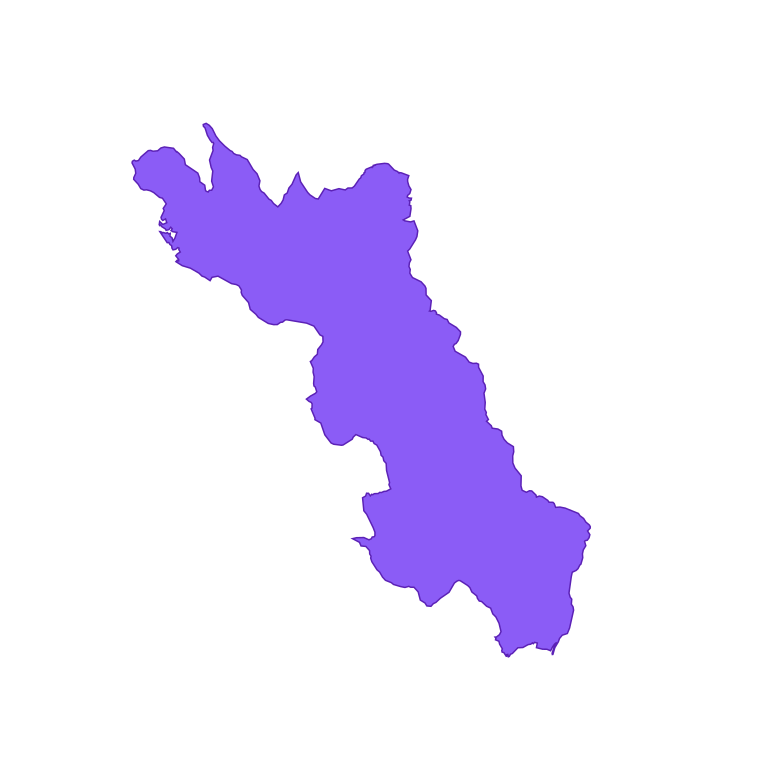 Lelese, Hunedoara, Romania (Equal Earth projection), rotated 61°
{"feature_id": "2599482B96170232434184", "entity_name": "Lelese", "entity_type": "district", "adm_level": 2, "iso_a3": "ROU", "parent_name": "Romania", "parent_adm1": "Hunedoara", "projection": "equal_earth", "projection_center": [22.652, 45.736], "detail": "fine", "context": "isolated", "style": "filled", "palette": "violet", "viewbox_px": 768, "rotation_deg": 61, "n_neighbors": 0, "source": "geoboundaries", "source_scale": "gbopen_adm2", "svg_char_len": 6128}
<svg xmlns="http://www.w3.org/2000/svg" viewBox="0 0 768 768"><g transform="rotate(61 384 384)"><path d="M504.0,486.5L510.6,482.2L514.5,482.6L517.3,478.6L522.7,477.4L525.7,478.9L528.3,478.8L529.9,480.1L533.6,480.8L543.1,480.2L546.4,479.0L552.2,478.9L556.4,477.9L561.3,473.9L563.9,472.9L569.2,467.7L572.1,464.3L573.0,460.4L574.6,459.3L576.3,456.3L582.4,454.9L590.6,457.0L595.4,454.3L598.9,454.1L601.2,450.7L600.0,447.3L600.2,444.5L598.7,438.5L597.7,428.1L592.2,418.9L591.8,415.9L591.9,414.2L592.8,412.8L600.8,408.5L603.7,407.6L608.5,408.0L614.3,405.6L616.8,406.2L620.0,405.9L621.5,404.1L628.1,402.0L631.7,399.4L637.8,400.3L642.0,399.1L649.1,399.4L657.3,401.7L659.2,404.5L659.8,408.3L659.2,409.6L660.7,409.4L661.8,410.5L664.7,408.2L667.6,409.0L673.1,408.9L674.0,410.1L675.7,410.7L677.0,409.4L681.4,409.1L681.7,408.1L680.2,407.9L680.5,406.8L682.9,407.5L683.0,406.5L681.7,404.4L681.9,402.3L679.6,394.8L681.8,390.3L681.8,384.3L682.7,381.8L682.4,379.7L683.5,379.4L683.0,377.5L684.9,375.5L688.5,378.5L692.8,373.9L695.0,370.1L698.1,367.6L695.5,363.8L694.1,360.7L693.7,358.2L696.5,362.7L701.0,367.5L702.2,367.9L702.4,367.4L697.4,362.4L694.0,356.5L691.7,353.9L690.1,349.9L691.1,344.6L687.4,340.0L673.7,327.8L670.6,326.7L667.4,326.9L663.2,324.1L660.7,324.5L656.6,323.6L643.3,313.6L639.9,310.6L640.2,306.4L639.6,303.9L637.3,300.5L637.1,299.2L632.3,294.4L628.8,292.8L625.7,290.1L623.3,285.9L618.9,284.9L618.6,283.9L619.2,281.9L617.9,279.2L615.6,277.0L611.2,277.2L610.1,273.6L608.9,272.8L607.0,272.7L602.6,274.4L598.4,274.6L594.2,276.5L591.5,276.7L580.4,285.7L577.0,289.7L575.1,293.7L571.1,293.1L569.4,293.6L567.4,297.0L565.2,297.2L559.4,300.1L557.3,302.5L556.8,305.5L554.9,304.9L549.2,306.6L547.9,308.5L547.7,312.0L543.9,314.7L539.5,313.6L530.8,308.5L521.1,310.2L515.5,309.6L509.3,306.3L506.2,303.4L501.5,301.2L495.3,304.7L490.6,305.8L486.0,305.6L482.3,304.0L478.6,306.2L475.1,310.8L472.5,310.4L466.3,312.4L465.7,309.9L460.1,309.7L458.5,308.3L454.9,308.1L449.2,304.4L440.5,301.0L437.6,297.5L433.8,296.1L430.0,296.2L425.1,293.4L415.3,293.2L412.5,291.7L410.7,293.0L409.1,296.3L406.2,298.9L400.0,299.7L389.9,305.9L384.7,305.3L383.4,303.2L383.5,301.3L382.0,298.1L377.7,293.1L375.5,291.8L369.6,293.3L362.1,297.6L358.2,297.5L356.1,299.6L350.6,302.1L348.3,304.3L347.2,303.6L345.1,303.6L343.7,304.9L343.2,307.8L342.2,308.8L342.0,308.0L334.0,302.2L326.5,304.0L320.7,300.9L318.1,300.7L312.6,302.0L304.7,307.5L299.6,307.7L296.5,305.5L293.3,305.2L290.3,303.0L288.4,300.2L279.2,298.9L278.4,296.0L273.2,286.6L271.0,283.7L266.4,280.2L255.9,278.7L255.1,282.2L251.4,286.7L249.8,287.6L249.9,280.1L243.8,275.4L241.0,274.1L239.9,275.2L237.1,273.0L236.0,273.1L236.3,271.2L234.8,269.9L233.6,271.8L231.7,273.1L230.5,271.9L229.9,269.1L227.0,266.1L222.8,266.2L218.5,265.2L216.5,264.2L213.8,261.3L207.8,266.4L206.5,268.1L206.8,268.6L204.7,269.2L201.9,271.3L193.8,273.4L192.9,274.2L191.3,276.5L188.4,283.7L187.8,286.6L188.2,286.4L187.9,287.8L188.6,288.5L188.3,289.0L188.8,289.6L188.1,290.1L187.5,295.4L188.0,296.9L189.7,298.2L189.5,298.9L190.6,299.9L190.9,302.8L192.4,304.4L192.7,306.2L196.6,314.0L197.1,316.8L195.1,320.6L195.5,323.8L191.3,328.7L189.5,336.4L184.2,341.0L190.3,351.8L188.5,354.1L182.6,357.1L179.3,357.9L166.8,358.9L157.5,356.5L158.5,359.4L164.7,367.6L166.5,372.2L170.0,376.0L170.3,379.5L174.1,383.0L176.1,386.3L177.6,391.0L172.6,393.1L168.8,393.6L166.5,395.0L158.9,396.3L156.3,397.8L153.7,398.1L150.2,397.4L146.1,394.0L138.6,393.1L132.9,394.5L121.4,394.8L116.2,398.5L114.2,399.1L112.0,402.0L109.5,403.7L107.0,404.1L105.2,405.4L98.8,407.9L91.6,410.0L85.6,410.8L77.4,410.4L73.0,411.4L69.8,413.2L69.4,416.3L71.0,417.0L73.4,416.4L80.9,417.9L86.2,417.8L89.5,417.3L90.0,416.2L91.2,416.4L94.0,419.2L96.9,420.3L103.5,428.0L110.9,430.2L114.7,430.5L123.0,436.4L128.9,437.6L131.0,440.8L129.9,442.8L130.8,444.7L129.2,446.1L128.0,446.2L123.2,444.4L117.8,447.0L114.5,445.4L109.3,444.6L95.9,451.4L90.4,449.6L82.9,451.5L80.3,452.5L80.4,453.0L75.8,453.8L70.2,461.2L69.4,464.7L70.3,468.9L68.4,473.2L66.5,474.9L65.6,477.1L67.6,486.6L69.5,490.4L68.7,493.0L67.1,493.9L67.2,496.1L68.5,497.2L75.4,497.4L79.4,499.0L82.1,502.7L83.6,503.7L90.3,502.1L95.2,502.0L98.0,500.0L99.0,497.6L101.7,494.7L104.9,492.6L111.9,489.9L114.1,487.7L120.9,487.1L123.4,492.0L125.8,492.2L130.1,498.2L132.0,498.7L133.7,498.2L133.7,495.0L137.6,495.8L137.2,500.1L133.1,501.4L135.7,503.4L136.5,503.3L136.2,502.8L136.8,502.1L138.2,502.3L142.5,500.0L144.0,500.1L144.7,497.3L143.5,494.5L145.6,494.0L146.6,495.9L148.4,494.9L151.0,491.6L154.9,496.0L156.9,499.4L153.5,498.5L150.9,499.5L148.6,497.9L148.4,499.5L146.5,500.1L146.5,501.6L144.2,503.9L144.4,504.8L142.6,505.3L142.0,506.2L155.3,505.1L155.9,503.6L158.2,503.6L160.0,502.7L162.4,503.6L164.4,503.5L165.2,500.9L164.7,498.2L165.8,497.4L167.0,498.3L169.8,498.2L170.0,501.6L170.9,504.0L175.5,503.2L176.8,503.9L176.4,504.7L175.5,504.9L176.1,506.7L182.7,503.1L188.8,497.2L197.3,492.1L201.4,490.9L203.5,489.0L209.3,486.0L207.3,482.7L209.2,476.9L222.3,468.7L225.4,465.0L227.9,463.3L232.7,463.1L234.6,464.5L237.8,465.0L247.1,463.0L253.9,464.8L261.0,462.2L264.8,461.6L274.9,455.9L278.6,451.7L280.3,448.5L279.9,444.6L280.7,442.7L280.1,439.4L280.7,437.9L293.3,422.1L299.4,417.2L310.0,416.2L312.7,414.4L317.6,416.9L319.4,419.6L321.7,425.2L325.7,427.9L326.5,431.7L328.6,436.0L328.6,437.5L335.9,438.2L339.3,440.3L343.7,441.5L349.4,445.3L351.8,446.2L353.4,445.6L358.2,446.6L358.9,448.4L358.9,454.0L359.6,459.2L362.9,458.0L364.8,456.6L366.5,456.5L370.2,458.7L370.4,459.8L380.4,460.9L381.7,461.7L387.5,458.2L399.8,460.4L409.9,458.9L412.3,457.2L417.0,450.8L417.5,449.3L416.9,438.6L415.5,436.6L414.6,433.1L420.5,428.6L422.5,425.8L424.7,424.8L425.0,423.7L427.5,423.4L428.6,421.4L431.3,421.5L433.9,419.9L441.5,419.9L444.9,421.1L447.5,420.3L451.0,421.4L454.5,420.6L460.9,423.7L472.9,426.9L474.5,428.5L479.0,428.9L478.9,434.0L477.9,436.1L477.7,438.8L476.7,440.3L477.0,442.1L475.2,445.7L475.4,447.5L474.5,448.2L475.2,450.2L472.1,450.5L471.1,452.2L473.1,454.4L473.1,457.9L485.1,463.1L489.6,462.3L504.4,463.1L509.3,463.8L512.3,465.5L512.8,466.7L512.1,468.5L513.2,470.1L513.0,472.7L508.5,476.1L505.1,482.6L504.0,486.5Z" fill="#8b5cf6" stroke="#5b21b6" stroke-width="1.5"/></g></svg>